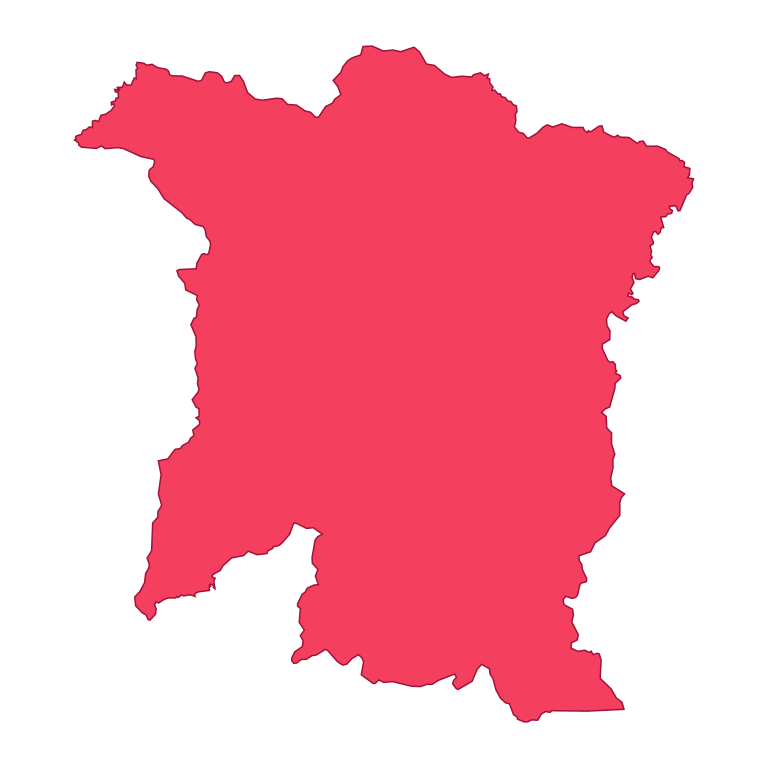 outline of Mueang Nan, Nan, Thailand
{"feature_id": "78962969B90844485924404", "entity_name": "Mueang Nan", "entity_type": "district", "adm_level": 2, "iso_a3": "THA", "parent_name": "Thailand", "parent_adm1": "Nan", "projection": "albers", "projection_center": [100.677, 18.865], "detail": "fine", "context": "isolated", "style": "filled", "palette": "rose", "viewbox_px": 768, "rotation_deg": 0, "n_neighbors": 0, "source": "geoboundaries", "source_scale": "gbopen_adm2", "svg_char_len": 6036}
<svg xmlns="http://www.w3.org/2000/svg" viewBox="0 0 768 768"><path d="M135.7,605.9L142.4,612.9L146.2,615.0L148.0,619.5L149.9,620.2L155.5,614.2L156.2,608.9L154.5,605.2L156.0,601.8L158.6,603.0L164.3,599.3L168.7,597.9L175.7,598.0L176.7,596.7L178.3,597.4L181.7,594.9L183.5,595.9L190.4,594.8L195.1,596.4L194.5,594.8L195.6,593.1L198.6,591.8L209.5,590.4L209.2,587.0L210.7,586.2L209.5,585.0L210.7,584.1L213.6,585.4L213.4,587.5L215.0,588.7L213.8,581.2L215.1,578.3L212.2,577.2L212.6,574.7L220.3,570.4L222.6,566.1L231.6,557.9L243.5,555.6L248.2,551.2L257.0,554.7L267.0,553.5L267.8,550.8L272.6,548.5L273.3,546.6L278.4,545.7L281.5,543.5L289.5,534.4L293.4,523.9L295.3,522.8L306.6,528.4L313.2,527.7L322.4,534.2L317.6,536.7L315.1,540.2L312.1,557.3L312.3,563.2L317.9,569.4L315.4,576.1L318.4,584.7L313.7,585.1L307.2,588.2L305.2,592.2L302.1,594.3L297.5,603.9L297.7,606.4L300.4,608.5L299.2,622.2L304.3,630.2L300.3,635.6L303.1,640.7L302.4,646.6L294.8,651.8L291.9,657.7L291.7,660.8L293.8,663.3L296.4,663.1L301.4,659.5L306.5,659.2L311.8,655.7L316.3,655.0L325.2,649.5L327.5,650.3L337.6,661.8L342.9,665.1L346.8,664.1L351.8,658.7L358.5,654.6L362.0,658.0L363.6,661.8L361.3,674.8L373.2,683.5L375.3,683.3L378.8,679.9L383.7,682.4L392.6,681.6L411.5,686.2L420.2,686.6L427.2,684.3L431.9,684.4L438.7,680.2L454.7,674.0L456.4,677.4L453.6,680.4L452.7,683.8L456.2,688.7L458.2,689.4L472.2,681.2L477.0,669.6L481.6,664.3L489.5,668.8L490.0,674.0L492.9,678.4L496.0,689.9L500.4,698.1L505.6,702.9L509.5,703.8L513.6,714.8L517.4,717.2L517.4,719.1L524.0,721.8L527.6,721.9L531.6,719.9L537.7,720.2L541.4,714.0L545.3,711.6L550.2,712.3L551.6,710.7L587.5,711.1L624.0,709.3L622.0,702.3L616.2,697.8L611.2,689.0L600.2,678.4L601.1,660.2L599.3,654.0L597.3,653.3L593.3,654.6L591.0,651.1L589.7,652.5L584.6,650.2L578.1,651.4L571.1,648.1L571.5,642.7L577.2,640.0L578.3,634.7L571.8,622.0L573.4,615.2L572.6,609.3L564.0,604.7L563.1,599.7L565.8,596.3L572.1,598.4L575.6,597.4L577.6,594.9L579.9,584.7L581.1,583.2L586.4,581.6L586.7,578.7L582.5,569.7L581.8,564.4L579.5,561.1L578.8,555.8L590.6,551.8L595.0,542.9L605.4,535.6L609.4,528.2L619.8,515.2L619.8,502.3L621.3,497.6L624.6,493.9L611.8,485.8L610.7,478.1L613.0,467.8L612.9,459.4L614.8,454.3L611.5,443.7L611.6,433.0L606.7,427.8L606.2,416.4L601.5,412.6L605.2,408.8L609.6,407.1L614.9,388.4L615.1,383.4L620.8,378.0L620.1,375.5L615.4,373.2L616.8,370.8L615.7,370.0L615.2,364.3L613.1,361.8L609.8,362.1L607.8,360.5L602.2,348.3L602.4,344.1L609.8,339.6L610.0,330.9L607.0,325.8L606.5,319.1L609.1,313.8L611.7,311.7L616.4,316.1L625.9,321.2L628.1,318.0L624.0,315.8L622.8,311.8L631.7,304.8L636.3,303.6L639.0,301.2L638.4,299.6L634.4,299.2L632.5,297.2L627.7,295.9L628.7,292.9L631.6,294.7L633.0,293.4L630.4,289.0L634.0,282.5L632.1,277.5L633.0,273.6L634.6,273.5L635.6,278.7L639.7,279.5L648.1,276.2L652.8,277.8L658.9,270.5L659.6,267.7L658.6,266.5L654.2,266.7L650.5,262.5L650.1,260.1L652.2,257.6L650.6,254.8L651.6,251.6L650.0,246.0L653.1,244.0L653.5,242.4L651.3,237.1L653.7,231.8L655.7,231.5L657.9,234.3L660.0,232.5L661.1,228.2L663.7,227.5L660.7,217.1L665.9,216.6L667.4,214.2L671.7,213.3L672.5,210.6L669.9,209.0L669.4,206.3L675.8,205.8L677.9,210.7L679.9,210.7L686.7,194.7L688.9,193.5L692.7,187.4L692.0,183.2L693.5,178.8L687.6,177.8L689.4,175.1L689.9,168.4L683.8,166.7L684.6,162.5L682.0,160.4L679.9,160.9L679.2,158.8L667.0,151.7L665.8,149.6L657.6,146.1L646.6,146.3L643.3,141.1L639.6,141.5L637.4,143.5L629.0,137.5L620.0,137.1L617.6,135.2L614.6,137.2L611.8,136.2L603.9,132.3L601.9,125.8L598.7,126.3L590.9,131.8L588.2,130.7L587.4,132.7L584.5,130.6L583.1,127.4L572.2,127.4L562.0,123.8L552.8,127.0L547.3,124.8L542.9,127.3L537.0,133.2L528.8,138.2L527.1,137.9L523.3,133.4L518.7,132.2L514.5,127.1L515.8,120.5L515.3,114.2L517.0,111.8L516.4,105.9L513.0,104.5L511.0,101.6L507.7,101.0L505.3,97.6L501.5,96.7L500.5,94.0L497.9,93.7L494.6,90.1L491.8,90.2L493.0,87.0L489.8,82.9L489.7,78.7L487.2,78.3L488.4,74.0L484.5,75.7L480.5,72.8L473.5,74.7L472.1,77.0L461.9,76.2L451.6,77.4L444.9,74.3L434.4,65.4L426.5,64.1L419.6,52.0L414.0,47.2L400.6,51.7L392.8,50.0L383.3,51.0L372.1,46.1L363.0,46.5L360.7,54.9L352.2,57.8L347.7,60.8L342.8,66.9L340.8,72.4L333.2,80.4L338.0,86.9L340.9,94.6L334.9,99.1L332.4,103.2L325.7,106.5L318.4,117.4L315.0,116.9L310.5,112.2L305.0,110.9L296.5,105.1L287.4,104.4L282.2,98.8L276.8,98.2L262.4,100.2L255.1,99.0L247.6,92.6L243.4,81.2L239.5,75.5L234.7,75.5L231.2,81.5L226.3,83.0L224.1,81.6L221.7,76.2L217.3,72.8L209.4,71.7L205.3,72.9L201.6,80.3L198.3,81.3L182.0,76.0L171.8,75.8L169.4,74.4L168.5,71.0L166.2,69.2L157.4,67.6L152.1,64.3L146.9,65.2L143.9,63.3L137.1,62.3L136.1,65.2L137.8,68.2L136.0,69.7L136.3,78.9L134.3,77.9L131.0,85.2L126.5,84.9L124.3,82.0L122.5,87.2L117.2,87.4L117.8,89.2L119.6,89.0L119.1,90.3L114.7,89.4L115.5,92.1L118.1,91.8L118.4,97.7L115.9,98.2L115.4,100.9L111.3,102.1L111.5,105.0L113.6,103.8L114.6,105.5L111.2,110.4L105.7,114.2L101.0,115.2L98.5,121.6L95.8,120.4L92.5,121.1L92.4,127.6L89.3,126.9L86.4,129.6L83.0,130.3L81.6,134.3L76.5,135.9L75.5,137.2L76.2,139.0L74.5,140.0L78.4,142.7L78.8,145.1L81.6,147.2L96.5,148.4L101.4,145.9L105.1,148.7L118.0,147.6L123.7,148.7L140.7,156.5L153.9,159.4L154.6,161.6L153.1,166.9L149.5,169.8L149.0,171.9L148.8,176.7L151.2,181.7L157.7,188.4L164.0,198.6L182.3,213.0L186.6,218.1L189.6,219.3L195.2,224.4L203.1,226.5L205.1,229.5L206.3,236.5L209.8,241.0L210.6,244.5L208.7,253.4L206.9,254.7L203.9,253.6L201.7,254.4L196.9,263.2L196.1,268.8L179.4,269.5L176.9,270.7L178.7,276.1L184.8,283.4L185.7,289.9L197.3,295.5L196.7,300.0L199.4,304.9L197.2,309.4L196.4,317.2L194.0,318.3L190.9,324.6L196.0,336.7L196.2,346.0L194.8,351.4L195.5,358.8L197.4,363.5L194.9,368.3L198.2,378.2L197.4,383.8L199.0,389.0L198.1,392.1L192.2,399.7L196.2,407.3L198.9,408.5L199.2,416.4L196.0,417.7L199.4,420.6L199.7,424.3L192.8,429.9L193.9,435.6L190.6,438.1L188.6,442.2L182.4,445.6L180.2,448.6L175.1,449.3L167.8,458.9L158.3,460.8L161.1,474.6L158.4,494.1L161.7,505.4L158.0,511.5L157.8,517.2L152.7,523.0L151.6,550.7L147.1,558.2L149.2,563.8L149.0,567.7L145.7,573.3L144.5,582.8L139.9,591.5L134.7,597.0L135.7,605.9Z" fill="#f43f5e" stroke="#9f1239" stroke-width="1.5"/></svg>